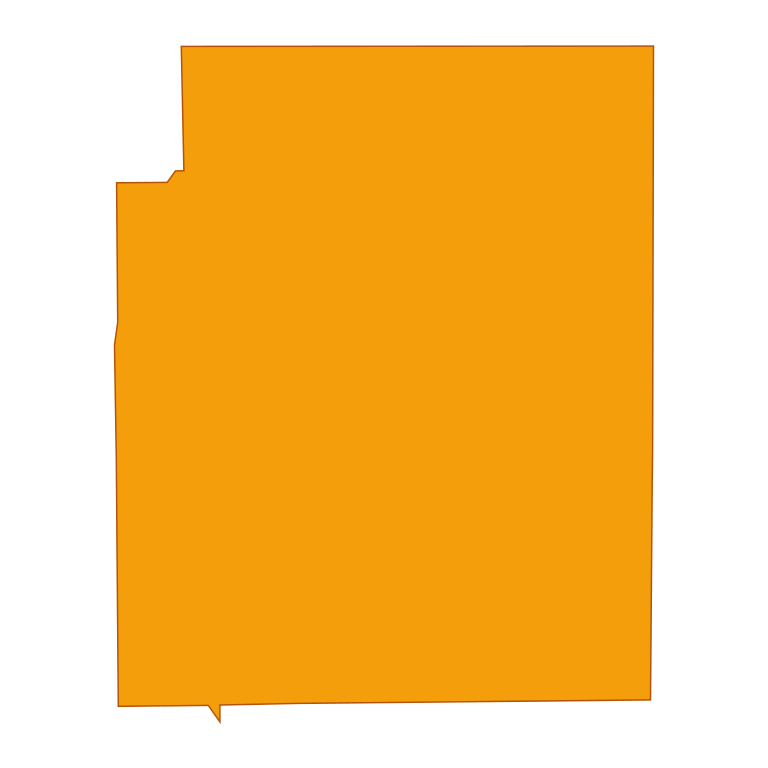 Coffee, Alabama, United States of America
{"feature_id": "52423323B95617372231955", "entity_name": "Coffee", "entity_type": "district", "adm_level": 2, "iso_a3": "USA", "parent_name": "United States of America", "parent_adm1": "Alabama", "projection": "mercator", "projection_center": [-86.052, 31.4], "detail": "fine", "context": "isolated", "style": "filled", "palette": "amber", "viewbox_px": 768, "rotation_deg": 0, "n_neighbors": 0, "source": "geoboundaries", "source_scale": "gbopen_adm2", "svg_char_len": 346}
<svg xmlns="http://www.w3.org/2000/svg" viewBox="0 0 768 768"><path d="M650.5,699.9L652.2,483.2L652.6,451.8L653.5,46.1L181.3,46.4L183.9,170.8L175.5,170.9L167.2,182.4L116.6,182.8L117.7,322.3L114.5,345.0L116.3,457.8L118.3,706.3L208.3,705.4L219.9,721.9L219.9,705.0L296.9,703.4L650.5,699.9Z" fill="#f59e0b" stroke="#b45309" stroke-width="1.5"/></svg>